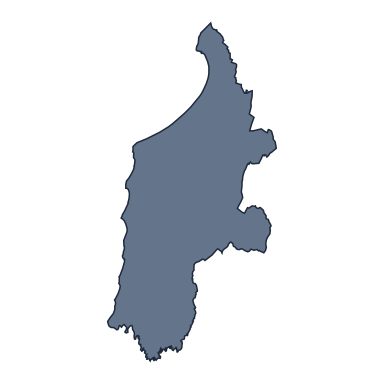 the district of Moñitos, Córdoba, Colombia
{"feature_id": "7082276B84273930819596", "entity_name": "Moñitos", "entity_type": "district", "adm_level": 2, "iso_a3": "COL", "parent_name": "Colombia", "parent_adm1": "Córdoba", "projection": "equal_earth", "projection_center": [-76.121, 9.199], "detail": "fine", "context": "isolated", "style": "filled", "palette": "slate", "viewbox_px": 384, "rotation_deg": 0, "n_neighbors": 0, "source": "geoboundaries", "source_scale": "gbopen_adm2", "svg_char_len": 6011}
<svg xmlns="http://www.w3.org/2000/svg" viewBox="0 0 384 384"><path d="M241.3,192.1L242.0,185.5L242.0,181.6L242.4,180.8L242.8,176.3L244.2,171.5L245.5,169.1L247.2,165.0L248.3,163.4L249.0,164.2L250.4,162.0L251.6,163.4L252.7,163.8L258.9,163.3L262.9,155.2L263.3,155.6L264.2,155.7L264.2,155.1L265.4,154.7L266.9,157.0L268.6,155.4L269.7,153.4L271.3,152.5L276.3,148.3L275.1,141.7L273.2,139.3L273.2,137.0L271.6,131.5L271.1,130.9L269.4,129.8L268.3,129.6L267.3,132.8L264.6,131.3L261.3,128.9L252.9,130.9L249.7,130.8L251.4,124.7L254.0,117.4L249.3,114.0L251.2,106.4L250.9,102.4L252.1,96.3L252.2,90.8L248.8,91.8L248.7,92.3L248.0,92.8L246.6,93.1L247.2,90.5L246.4,90.2L245.6,93.1L244.5,93.2L241.4,87.2L241.2,84.5L238.5,84.0L236.6,83.0L236.1,83.2L235.9,82.2L236.4,80.7L235.7,78.8L235.9,77.9L234.6,77.1L234.5,76.7L236.0,72.5L236.1,71.0L235.5,69.8L236.5,66.8L236.5,64.4L235.2,63.5L231.8,62.5L231.3,62.1L232.4,59.9L231.4,59.1L230.2,59.1L230.1,53.2L228.7,52.6L228.6,50.3L227.2,49.1L227.5,48.1L227.3,48.1L227.8,47.1L224.9,44.3L222.6,42.7L223.2,41.2L223.8,40.4L223.3,39.5L222.6,37.1L220.2,34.0L217.2,31.7L216.7,31.1L216.9,30.4L216.7,29.9L216.2,29.8L215.6,30.1L214.7,29.4L213.7,29.4L212.9,28.7L211.6,26.7L210.7,23.0L200.8,33.0L200.1,35.1L198.8,37.1L198.2,43.6L196.7,46.4L196.3,49.0L196.3,50.0L196.7,50.6L197.8,51.0L199.5,51.1L199.9,51.5L200.8,51.4L201.1,52.1L201.5,52.1L201.1,52.8L201.5,53.3L202.9,53.3L204.2,54.0L205.0,55.2L207.7,61.8L208.9,66.6L208.9,72.8L208.6,75.6L207.9,78.8L206.3,83.6L203.2,90.4L201.7,93.2L200.3,95.4L190.9,106.9L184.1,113.7L172.5,123.8L168.2,127.0L159.6,132.3L146.6,138.8L137.0,142.7L133.5,146.0L132.9,146.9L133.1,149.1L132.7,151.9L133.4,152.2L133.7,153.0L133.5,157.4L134.4,158.8L135.0,160.3L134.4,165.2L134.0,166.1L134.3,166.2L134.3,166.7L133.5,169.6L131.5,173.7L128.9,178.0L126.5,181.1L125.8,184.2L125.8,188.2L127.3,188.5L127.9,189.1L128.6,190.2L129.2,192.0L129.4,194.4L129.0,198.8L127.9,203.0L128.2,203.2L124.5,211.2L122.5,214.5L121.9,216.6L121.2,217.8L121.3,218.4L122.5,218.8L124.4,220.9L125.9,224.3L127.0,228.3L127.2,230.4L126.7,232.6L123.7,240.5L124.0,246.2L124.5,247.2L124.2,249.7L123.4,251.8L123.3,253.7L122.5,255.6L122.5,256.5L123.0,258.1L123.6,258.4L124.0,259.3L124.6,259.2L124.7,259.5L124.5,260.0L124.5,261.8L122.6,268.6L119.8,275.9L119.0,276.7L119.3,278.3L119.2,282.0L118.8,283.5L119.6,284.4L120.2,286.1L119.8,288.7L118.1,293.6L115.6,298.4L114.5,300.0L115.4,301.7L115.5,303.4L115.5,304.4L114.8,306.0L114.8,309.5L113.3,313.6L109.9,318.0L107.7,321.4L107.9,321.6L107.8,322.6L108.9,325.8L109.9,326.8L111.4,327.5L113.8,327.6L116.9,329.8L117.7,329.6L118.4,328.7L118.8,327.0L119.4,325.6L119.8,325.6L121.5,327.2L122.6,325.6L124.1,324.5L126.7,327.4L126.4,329.3L124.9,331.9L125.3,332.5L126.3,332.9L127.9,332.3L127.7,329.6L128.1,328.5L129.6,326.5L130.9,325.6L131.7,325.5L132.4,326.7L132.5,328.8L132.8,329.9L133.6,330.9L134.3,332.7L134.4,333.7L134.1,336.2L134.4,338.8L134.9,339.3L135.6,339.0L136.2,336.5L137.3,335.6L138.3,335.6L139.1,336.4L139.0,336.8L138.0,336.7L137.9,336.9L138.4,338.8L139.5,338.7L138.7,342.9L138.9,344.0L140.1,344.7L140.6,344.4L140.8,344.6L140.4,345.7L141.0,346.4L141.2,347.4L140.6,349.9L141.4,350.2L141.7,351.1L142.3,350.9L142.9,348.6L143.2,348.1L143.6,348.3L143.8,350.3L145.3,351.1L144.7,352.2L144.6,353.0L145.3,353.2L145.6,353.8L146.9,354.3L145.8,355.8L145.8,356.9L146.1,357.5L146.4,357.7L146.8,357.2L147.3,357.1L146.8,359.2L147.4,359.2L147.9,358.8L149.3,358.9L149.6,359.3L149.7,360.4L150.2,361.0L150.9,359.4L151.5,359.2L153.1,357.7L153.6,357.7L153.8,358.0L153.2,359.5L153.9,360.5L154.4,360.2L154.9,359.4L154.9,358.3L156.1,360.2L157.6,358.4L159.1,358.1L160.1,358.4L160.4,357.8L160.5,356.4L160.1,356.1L159.1,356.1L159.0,355.7L159.3,355.1L158.9,354.3L159.0,353.7L158.2,353.3L158.3,352.5L158.9,352.0L159.9,352.5L160.0,350.5L160.3,349.5L160.5,350.4L161.1,350.3L160.8,351.1L161.4,351.1L161.4,352.1L162.4,350.9L162.0,349.3L162.6,349.9L163.8,349.3L164.5,349.9L165.6,348.3L165.7,348.9L165.4,351.0L165.8,351.3L166.3,350.7L167.0,347.9L168.2,347.3L168.9,346.6L169.4,346.6L169.6,346.9L169.7,348.2L170.2,348.5L170.5,348.2L170.7,346.3L171.3,346.0L172.0,348.1L172.0,349.6L173.2,350.5L173.6,350.2L174.2,348.7L175.6,348.5L176.0,347.5L176.5,347.8L176.5,349.8L177.3,350.1L176.9,351.2L177.1,352.0L177.7,351.9L178.7,350.3L180.6,349.7L181.8,347.8L182.0,344.7L182.3,343.5L182.0,342.6L182.2,342.0L181.1,341.5L180.8,340.8L182.2,339.7L184.2,339.1L184.4,338.6L184.6,336.3L185.2,335.6L186.0,335.6L186.6,335.0L187.4,335.5L187.7,335.1L187.7,334.1L187.2,333.5L188.1,333.0L190.1,329.3L190.2,328.3L191.1,326.8L190.5,325.9L191.1,325.5L191.3,324.9L191.8,324.7L192.9,322.3L192.5,321.4L193.4,321.0L193.1,320.3L193.5,319.1L194.5,318.4L194.2,317.4L194.7,316.7L195.0,314.9L195.7,313.3L195.7,312.2L195.4,311.1L194.2,309.0L194.3,308.6L195.3,308.2L195.5,307.5L193.6,303.8L193.5,302.7L193.0,301.4L193.1,299.6L194.1,298.1L195.1,297.7L195.4,296.7L195.3,295.8L196.1,294.4L195.8,292.6L196.2,292.0L197.3,291.3L197.4,290.4L196.3,285.1L195.0,283.5L194.2,283.5L193.0,282.8L192.8,280.9L192.1,279.8L192.8,279.0L192.2,278.3L192.2,277.3L192.9,275.7L192.8,275.1L192.3,274.4L192.7,271.8L194.0,270.2L193.9,267.8L194.1,264.7L194.8,263.6L196.4,262.2L198.6,261.7L202.5,259.2L203.6,259.3L204.9,260.5L212.1,255.0L216.6,249.8L217.8,248.8L221.3,251.5L222.0,253.0L222.4,251.3L223.3,249.8L227.6,246.5L228.6,244.0L230.7,241.9L232.9,243.7L233.2,245.7L233.6,246.4L235.2,247.0L236.4,248.8L237.8,249.5L239.6,249.6L241.3,248.7L243.3,249.5L244.4,250.4L247.9,251.8L249.4,251.1L251.1,249.1L253.5,250.2L257.2,249.6L258.4,250.9L259.7,250.6L260.4,251.3L263.8,252.8L265.5,250.5L266.4,247.1L266.1,246.4L265.8,243.4L266.3,240.2L267.4,237.4L269.9,233.8L270.3,230.4L269.9,227.3L271.0,226.2L270.9,225.2L268.9,221.5L268.4,219.6L266.7,218.8L266.0,218.1L266.1,215.8L264.0,212.8L263.4,210.3L260.4,207.6L259.7,207.6L258.6,208.3L257.4,208.3L256.0,207.5L255.4,205.9L254.5,206.3L252.1,205.9L249.0,208.0L247.5,207.7L244.9,212.6L244.1,213.3L243.0,212.5L242.0,212.2L237.3,208.4L241.0,201.5L242.7,197.6L242.1,194.4L241.3,192.1Z" fill="#64748b" stroke="#1e293b" stroke-width="1.5"/></svg>